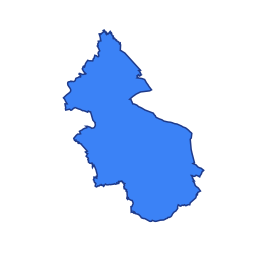 Córdoba, Veracruz, Mexico, rotated 154°
{"feature_id": "50627088B91123516565353", "entity_name": "Córdoba", "entity_type": "district", "adm_level": 2, "iso_a3": "MEX", "parent_name": "Mexico", "parent_adm1": "Veracruz", "projection": "equal_earth", "projection_center": [-96.934, 18.924], "detail": "fine", "context": "isolated", "style": "filled", "palette": "blue", "viewbox_px": 256, "rotation_deg": 154, "n_neighbors": 0, "source": "geoboundaries", "source_scale": "gbopen_adm2", "svg_char_len": 5790}
<svg xmlns="http://www.w3.org/2000/svg" viewBox="0 0 256 256"><g transform="rotate(154 128 128)"><path d="M183.0,90.2L182.6,89.4L182.0,88.8L180.2,89.2L179.8,88.7L179.4,88.6L178.1,89.0L177.2,88.3L176.8,88.8L175.9,87.3L175.7,86.7L175.5,86.9L175.4,86.6L175.1,86.8L175.1,86.4L172.9,87.5L172.0,86.2L170.4,85.5L169.7,85.5L168.7,84.8L166.2,84.0L165.0,83.7L164.7,83.9L163.9,83.0L163.6,82.9L162.5,82.7L162.2,83.4L161.6,82.6L160.6,82.2L160.1,82.8L160.8,83.3L160.1,84.0L159.6,83.5L159.4,83.9L157.8,83.0L157.4,83.4L156.7,82.9L156.4,81.7L156.7,81.7L156.6,80.8L155.2,79.5L156.4,78.9L156.3,78.5L156.4,77.8L157.2,77.5L157.3,77.0L157.5,77.0L158.0,75.3L157.4,75.2L157.4,74.0L157.2,73.7L156.9,73.8L156.4,73.2L157.4,72.1L156.7,71.4L157.2,70.5L157.1,70.3L157.8,69.1L158.0,68.1L159.0,66.4L158.2,65.4L158.3,65.1L159.7,65.6L159.9,65.3L159.6,63.9L158.7,64.2L156.9,61.7L156.5,61.3L156.0,61.0L156.1,59.9L156.1,59.5L156.2,59.1L156.2,58.3L156.5,57.8L159.0,55.7L159.8,56.0L161.9,51.2L161.5,51.3L161.8,50.9L161.4,50.6L161.3,50.9L161.2,50.9L161.1,50.6L160.5,49.9L160.3,49.4L159.4,50.3L158.7,48.9L158.9,48.6L159.0,48.7L159.3,48.4L159.0,47.9L157.3,46.5L156.7,45.7L156.4,45.7L155.6,43.4L155.3,41.4L153.8,39.9L152.6,39.2L149.4,34.7L148.9,34.3L147.6,33.9L146.7,34.4L144.6,32.2L143.2,31.7L139.4,31.0L136.3,29.7L134.3,29.7L133.9,29.9L132.4,29.6L131.2,30.1L130.1,29.5L128.5,29.5L127.4,29.9L125.4,31.4L123.2,32.3L121.4,32.4L118.6,33.9L118.1,35.3L116.5,36.9L115.7,35.7L115.6,35.2L115.1,35.0L114.8,34.6L113.2,35.0L112.1,34.1L111.0,34.3L110.6,33.6L110.5,33.1L109.6,33.1L109.3,32.6L108.1,32.8L107.0,32.5L106.2,31.9L104.8,33.5L97.7,35.5L96.7,36.6L95.8,38.1L95.1,38.5L94.8,37.7L93.6,39.5L90.5,39.6L91.1,43.2L92.4,45.6L92.8,47.0L92.4,49.8L92.8,51.6L91.6,51.3L91.8,52.0L91.8,53.1L91.9,53.5L91.8,53.9L91.9,54.5L92.1,54.5L92.0,54.9L91.7,55.2L91.6,56.5L91.8,57.5L91.1,57.1L90.7,56.1L90.2,55.8L89.3,55.4L88.4,55.4L88.0,55.7L87.1,55.4L85.4,53.4L85.3,52.9L85.0,52.6L84.1,53.5L82.0,54.7L81.1,55.8L80.2,56.4L80.0,56.2L78.5,56.8L80.0,59.9L81.2,60.9L82.3,62.4L83.0,65.0L85.2,67.6L83.5,67.7L81.5,77.5L80.6,81.2L77.0,90.6L75.5,91.3L73.0,95.2L73.2,95.9L73.8,97.2L74.6,99.6L75.8,102.2L76.5,103.2L78.1,104.8L79.1,106.4L82.2,110.1L84.0,111.3L86.2,113.6L87.2,114.5L89.5,115.9L92.8,118.6L93.9,120.5L95.8,122.4L97.8,124.9L98.2,125.8L98.1,127.1L98.6,128.4L98.7,130.2L104.9,136.8L106.7,139.6L108.3,141.7L109.0,142.3L109.4,143.1L109.6,144.0L110.6,145.4L112.0,146.9L113.2,147.7L112.9,149.6L113.1,149.9L112.8,152.3L113.5,152.6L114.0,153.1L110.0,154.2L105.7,154.9L100.9,154.9L92.8,152.1L92.1,151.9L90.1,152.0L91.0,156.3L91.1,157.9L91.6,160.6L91.8,164.3L93.8,166.4L97.9,169.1L96.8,169.5L97.1,170.5L96.9,170.6L97.0,170.9L95.3,171.3L95.3,170.8L95.0,170.6L94.7,169.6L94.4,169.7L92.8,169.9L93.2,170.5L92.7,170.9L92.9,171.3L92.8,171.8L92.9,172.0L92.5,172.7L92.9,173.2L92.8,173.9L93.2,174.9L91.5,174.5L98.0,196.8L100.3,200.5L100.9,201.1L98.2,206.0L98.4,206.4L98.1,207.0L98.5,206.8L98.8,207.2L98.4,207.8L98.5,207.8L98.7,209.5L99.1,209.8L99.2,210.3L100.1,211.4L99.8,212.1L100.1,212.6L100.5,212.6L100.7,214.4L101.3,214.4L101.5,214.5L101.0,214.8L101.3,215.5L101.7,215.2L101.9,215.5L101.4,215.7L101.3,216.7L100.9,217.0L101.0,217.3L101.6,217.6L101.7,218.1L101.5,218.6L101.8,219.8L101.3,220.1L101.5,220.6L101.9,220.8L101.2,221.2L101.7,221.9L101.7,222.6L104.8,221.2L105.0,221.9L105.9,221.5L105.6,222.7L105.6,223.0L106.0,222.6L106.3,221.9L106.5,222.1L106.1,223.8L106.4,223.9L106.6,224.2L106.2,224.7L106.5,226.5L107.6,226.5L107.5,225.2L109.9,224.7L111.5,224.1L111.6,224.9L112.7,225.2L113.1,222.2L113.6,220.2L113.9,220.0L113.9,219.1L114.2,218.2L116.7,219.0L117.0,217.6L118.4,216.8L118.8,215.1L119.7,215.1L119.5,213.7L119.6,209.7L121.3,209.2L122.2,208.2L122.3,206.5L122.9,205.3L123.5,205.1L124.0,205.4L124.7,206.7L125.9,207.9L128.0,205.6L128.7,205.5L130.3,203.8L133.6,205.5L134.5,206.5L136.0,205.7L136.3,206.0L136.1,205.7L138.1,204.4L140.4,201.8L141.1,202.5L141.2,202.4L140.8,203.0L141.2,203.0L141.8,202.5L142.7,201.3L143.2,201.2L143.1,198.2L142.1,195.2L142.9,195.2L143.7,195.7L144.2,195.6L145.5,196.1L147.3,198.1L147.8,198.4L148.4,198.0L148.0,197.1L148.0,196.6L147.7,196.1L147.6,195.6L148.3,194.7L149.3,195.4L150.0,195.4L150.2,195.2L152.9,195.5L153.4,195.2L154.6,193.8L155.6,193.5L156.1,193.5L156.6,193.6L158.6,195.0L158.7,194.7L159.2,195.0L161.1,195.5L161.8,195.5L162.2,195.2L162.7,194.5L163.2,193.0L163.1,191.8L162.6,188.6L162.8,187.2L163.5,186.2L164.8,185.5L168.6,184.7L172.8,183.4L172.3,181.5L172.4,179.2L172.1,176.4L174.1,177.3L175.1,173.5L175.8,172.7L176.1,171.4L172.2,170.5L171.6,169.0L171.1,168.9L170.3,168.9L168.5,169.5L167.2,169.5L166.8,169.6L166.5,169.5L164.2,166.9L162.7,165.6L161.2,163.4L160.1,162.9L157.3,159.9L156.7,160.5L156.3,160.6L155.5,159.6L154.6,158.9L154.9,158.3L154.8,157.6L156.1,150.5L155.2,147.1L155.5,147.0L155.8,145.7L156.2,144.7L157.6,143.5L158.6,143.1L160.7,143.6L161.4,145.0L163.8,147.4L164.9,147.9L164.6,147.4L164.9,146.3L167.0,146.7L169.0,146.7L169.8,146.4L173.1,146.3L173.1,143.6L174.4,143.9L175.9,144.6L177.7,144.1L181.3,142.5L181.5,140.5L181.4,140.2L180.3,140.0L180.8,139.3L180.8,138.9L180.5,138.7L180.1,138.9L178.6,136.9L179.4,136.8L179.5,136.6L179.4,136.0L178.9,135.7L178.4,136.2L178.3,135.6L177.8,135.0L177.6,134.9L177.5,134.6L176.9,133.9L177.1,133.6L174.7,125.0L176.8,125.1L176.2,123.4L175.5,122.6L178.0,121.0L177.6,119.9L177.1,119.0L176.9,118.1L177.9,117.4L178.0,116.7L177.6,116.3L178.5,114.8L177.8,113.1L176.5,112.3L175.8,112.3L175.7,111.4L176.1,110.9L176.4,109.5L177.0,108.9L177.2,108.1L174.9,109.7L174.9,107.6L175.1,104.6L176.2,99.2L176.9,98.5L177.4,98.5L177.2,97.9L178.0,97.7L178.2,97.4L177.9,97.1L178.1,96.6L178.8,97.4L178.6,97.9L179.1,98.2L179.7,98.1L179.9,98.7L180.2,98.8L180.4,97.8L181.8,96.6L181.5,95.7L181.9,94.6L181.9,93.8L181.6,92.8L181.4,92.9L181.2,92.3L183.0,90.2Z" fill="#3b82f6" stroke="#1e3a8a" stroke-width="1.5"/></g></svg>